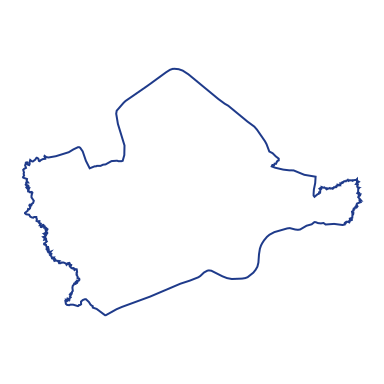 Si Rattana, Si Sa Ket, Thailand (Mercator projection)
{"feature_id": "78962969B55540018650075", "entity_name": "Si Rattana", "entity_type": "district", "adm_level": 2, "iso_a3": "THA", "parent_name": "Thailand", "parent_adm1": "Si Sa Ket", "projection": "mercator", "projection_center": [104.475, 14.809], "detail": "fine", "context": "isolated", "style": "outline", "palette": "blue", "viewbox_px": 384, "rotation_deg": 0, "n_neighbors": 0, "source": "geoboundaries", "source_scale": "gbopen_adm2", "svg_char_len": 5844}
<svg xmlns="http://www.w3.org/2000/svg" viewBox="0 0 384 384"><path d="M357.0,179.1L356.2,179.9L353.6,180.2L352.7,180.8L352.1,180.2L351.2,180.5L349.8,180.2L348.7,180.9L347.9,179.8L347.1,180.6L346.3,180.6L345.9,181.3L344.2,181.2L343.2,182.3L342.7,182.2L342.5,182.9L341.6,182.7L341.3,183.4L340.4,183.4L340.6,184.0L340.1,184.5L340.2,185.2L338.2,184.8L338.5,185.4L336.8,185.5L336.7,186.1L336.2,186.3L336.5,186.8L336.1,187.2L334.0,187.2L333.6,188.1L332.8,188.7L332.3,188.1L331.0,188.6L330.1,188.5L329.8,188.0L327.8,188.8L326.9,188.2L326.6,188.5L326.9,189.1L326.7,189.3L324.4,187.4L323.6,187.7L321.6,187.0L321.7,187.8L321.4,188.6L320.3,188.1L319.5,188.7L320.4,189.5L320.1,192.6L319.1,192.4L318.8,193.8L317.6,194.2L314.5,196.8L313.6,195.6L313.6,193.6L313.9,189.4L315.2,183.1L315.6,176.7L304.3,174.8L293.6,170.4L289.1,170.3L283.2,169.6L275.1,167.7L271.7,166.4L272.4,165.0L274.1,165.1L274.6,163.7L276.0,163.8L276.9,161.6L277.3,161.5L277.6,160.8L278.7,160.4L278.7,158.6L275.8,156.4L272.6,153.2L269.3,151.5L266.6,144.3L265.0,141.3L257.0,129.7L254.3,126.6L247.5,121.6L228.2,105.7L224.7,103.7L218.2,98.9L188.4,74.3L182.7,70.6L178.7,69.2L174.6,68.8L172.6,68.9L170.0,69.8L166.2,72.2L147.5,85.8L125.5,101.0L123.6,102.8L116.7,110.7L116.2,113.7L117.9,123.9L124.5,145.5L124.3,155.1L122.7,160.8L121.4,161.2L118.5,161.2L117.0,160.7L111.5,161.1L105.6,164.4L103.0,164.7L100.5,165.9L96.9,165.9L96.1,166.3L94.7,166.3L89.7,168.3L85.9,160.8L82.7,151.4L80.2,147.8L79.2,147.2L78.0,147.2L73.4,149.4L68.8,152.2L55.9,156.2L48.5,157.5L46.3,157.1L44.6,155.9L44.4,156.4L45.3,158.1L45.3,158.8L42.8,159.1L40.7,160.2L39.7,161.2L38.9,160.9L38.3,158.6L36.8,157.7L36.3,158.0L35.2,159.7L32.8,161.5L31.7,161.2L30.2,160.0L29.5,162.6L29.7,163.9L29.2,165.1L28.0,164.7L27.0,163.9L27.5,163.0L27.3,162.4L26.2,162.4L25.7,163.0L25.7,164.2L25.1,165.2L26.0,167.9L24.2,168.8L23.2,169.8L24.0,172.6L23.6,173.9L24.1,175.4L23.0,177.2L23.3,177.7L27.0,179.0L26.7,180.7L28.0,182.5L26.2,182.6L26.2,183.8L25.7,184.7L26.2,185.2L27.5,185.2L28.3,185.7L28.8,187.4L28.1,187.6L26.7,186.9L26.3,187.4L27.7,189.0L29.0,188.6L28.0,190.8L28.1,191.4L29.3,191.5L29.6,192.2L31.7,191.9L32.4,192.6L32.3,193.1L31.6,193.8L31.9,194.7L31.5,195.6L31.5,197.4L33.8,200.8L33.1,203.0L32.0,203.7L31.4,205.2L30.1,204.5L29.4,205.2L30.0,205.9L29.8,206.6L30.3,207.0L30.0,208.3L29.1,209.3L28.1,209.0L27.7,210.7L25.0,212.9L25.0,213.3L26.2,214.3L29.1,214.7L30.3,216.7L32.0,217.5L33.3,217.7L34.1,217.0L36.3,217.0L36.4,218.2L36.9,219.1L36.5,220.9L38.3,221.8L38.8,221.1L39.4,221.1L39.2,223.0L40.7,223.6L39.8,225.3L41.0,225.4L40.9,227.0L41.5,227.1L42.1,226.7L42.1,226.4L41.5,226.0L41.7,225.4L42.5,225.5L42.9,224.9L43.4,224.9L43.9,225.7L43.5,226.5L44.4,226.4L44.3,227.4L45.1,227.1L47.5,229.2L47.3,229.7L46.9,229.8L46.2,229.4L46.1,228.7L45.3,228.9L45.7,230.2L46.2,230.0L46.7,230.5L45.7,232.2L47.2,232.6L47.2,233.4L46.9,233.6L45.5,233.5L46.3,234.6L46.1,235.1L45.6,235.0L44.9,234.0L44.2,234.0L45.1,234.9L45.3,236.5L43.3,237.0L44.3,237.9L45.4,237.7L45.7,238.6L44.7,238.6L44.3,239.7L46.1,239.3L46.2,240.7L46.8,241.4L45.0,243.1L44.2,243.4L44.0,244.0L44.4,244.6L46.0,244.9L46.6,247.1L48.1,247.0L48.5,248.9L46.8,248.3L46.5,249.1L47.6,250.4L48.1,250.0L48.8,250.3L48.7,251.0L47.9,251.6L48.3,252.3L48.9,252.4L50.7,251.7L49.8,252.8L49.7,253.5L50.9,253.5L51.4,253.9L50.2,255.2L51.4,256.2L52.0,258.4L52.3,258.5L52.8,257.6L53.9,257.5L53.4,258.4L54.7,259.0L54.0,260.0L54.4,260.9L54.9,260.7L55.2,259.6L56.0,260.7L56.8,260.6L58.2,261.3L58.8,260.9L59.6,261.1L58.7,262.2L59.1,263.2L60.6,263.2L62.0,262.4L62.8,262.7L63.6,262.5L66.0,263.6L66.5,264.7L67.8,263.2L69.4,262.9L69.7,263.4L68.9,264.5L71.2,265.0L71.1,265.5L70.0,265.9L69.8,266.4L71.4,268.0L72.4,268.5L73.0,268.0L73.7,268.1L74.2,268.8L74.2,269.7L74.6,270.0L75.1,269.1L76.7,269.3L77.1,272.1L76.5,272.8L76.5,273.3L77.0,274.1L76.5,274.8L77.7,276.7L77.5,278.0L79.2,278.6L79.4,279.8L78.7,280.7L77.1,280.7L77.5,281.9L77.1,282.9L76.5,283.0L76.3,282.1L75.8,281.9L75.3,282.5L75.4,283.9L74.1,283.7L73.8,284.7L72.8,285.7L72.4,287.7L72.8,290.9L72.1,291.7L71.9,293.0L70.7,293.3L70.0,294.4L71.1,294.7L70.0,296.3L70.7,297.3L69.6,298.2L69.4,299.5L68.2,298.9L68.6,300.3L68.0,300.2L67.4,299.3L66.1,299.5L67.2,300.9L66.9,301.2L65.4,301.1L65.9,303.9L67.0,304.9L69.2,305.2L70.2,304.7L73.2,304.7L77.9,306.1L78.5,305.9L78.9,305.1L80.0,305.0L81.1,304.3L81.0,301.6L82.7,300.1L84.6,299.3L85.9,299.2L88.9,302.0L90.5,304.6L91.8,305.7L92.7,306.1L92.8,307.6L96.6,308.9L105.0,315.2L105.8,315.2L116.6,309.2L122.0,306.9L150.1,296.6L180.4,283.7L189.9,280.6L198.3,277.3L200.3,276.0L204.0,272.5L207.3,270.7L208.8,270.4L211.3,270.7L222.4,276.3L227.0,278.1L231.8,279.0L242.0,278.6L245.2,278.1L247.6,277.2L253.3,272.7L255.6,269.8L257.4,266.7L258.4,262.6L259.0,254.3L259.9,248.7L261.0,245.5L262.2,243.2L264.0,240.4L267.0,236.8L269.5,234.7L274.4,232.1L287.3,228.4L289.8,228.1L295.2,229.5L297.9,229.8L300.1,229.5L306.6,225.7L311.7,224.3L314.4,222.1L315.8,222.2L318.0,223.1L320.9,223.4L323.5,223.0L325.6,224.5L334.1,223.9L342.6,225.0L344.7,224.5L344.7,224.0L345.6,223.5L345.8,223.1L345.5,222.7L344.7,223.3L344.8,222.9L346.4,221.7L347.5,221.9L348.5,221.4L348.8,222.2L349.3,222.4L350.0,220.7L350.7,220.1L349.9,219.4L349.9,218.9L350.7,218.8L351.4,220.1L351.9,219.9L351.7,218.9L350.7,218.3L352.3,217.7L352.4,214.8L353.1,214.5L353.4,212.9L352.8,212.5L352.2,212.7L352.0,211.6L353.6,210.6L353.3,209.9L353.7,208.6L354.5,208.8L355.1,207.4L356.5,207.6L357.5,206.3L357.3,206.0L356.5,206.3L356.1,206.0L356.9,205.2L356.6,204.4L357.1,203.5L360.6,202.2L359.5,200.8L359.5,200.2L361.0,200.4L358.2,197.1L358.7,196.3L360.0,195.5L360.4,194.4L359.0,194.5L359.4,193.2L359.2,192.9L358.8,192.9L358.3,193.8L357.3,193.2L358.1,192.1L358.2,189.2L358.7,188.5L358.1,187.9L358.9,187.6L357.8,187.2L357.2,186.2L357.8,184.8L357.3,184.6L357.5,183.8L356.2,183.9L356.8,183.0L356.9,182.1L357.7,182.5L358.8,181.8L357.0,180.7L357.0,179.1Z" fill="none" stroke="#1e3a8a" stroke-width="2"/></svg>